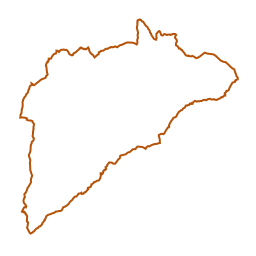 outline of Racovita, Vâlcea, Romania, rotated 272°
{"feature_id": "2599482B60342435469862", "entity_name": "Racovita", "entity_type": "district", "adm_level": 2, "iso_a3": "ROU", "parent_name": "Romania", "parent_adm1": "Vâlcea", "projection": "natural_earth1", "projection_center": [24.314, 45.393], "detail": "fine", "context": "isolated", "style": "outline", "palette": "amber", "viewbox_px": 256, "rotation_deg": 272, "n_neighbors": 0, "source": "geoboundaries", "source_scale": "gbopen_adm2", "svg_char_len": 5784}
<svg xmlns="http://www.w3.org/2000/svg" viewBox="0 0 256 256"><g transform="rotate(272 128 128)"><path d="M207.1,85.3L205.6,84.0L205.1,82.9L205.7,82.0L205.3,81.2L205.3,80.7L206.7,78.7L206.8,78.0L206.6,77.7L205.9,77.6L205.8,76.8L205.2,76.6L202.6,73.7L201.8,73.2L201.4,72.2L200.9,71.7L200.8,71.1L200.5,71.1L199.6,70.4L199.2,70.5L198.6,69.5L198.9,69.1L199.4,67.4L199.7,66.9L202.1,65.6L203.6,64.3L203.9,63.8L203.8,62.6L204.2,61.1L204.0,60.6L203.8,58.5L203.5,57.9L201.5,56.3L202.7,55.1L202.8,53.8L201.8,53.9L199.9,53.3L199.4,51.5L197.5,50.0L194.6,48.5L194.5,46.3L192.5,46.4L191.7,45.2L190.8,45.5L190.3,44.6L189.6,44.2L187.4,43.7L186.7,44.2L180.8,45.1L178.6,45.8L178.0,45.4L177.3,44.4L175.5,44.0L175.1,43.4L173.5,39.7L167.5,32.7L167.6,31.8L168.6,31.1L169.2,30.1L167.9,30.4L167.5,30.2L166.6,28.7L166.2,28.4L163.4,27.8L162.8,27.3L160.8,26.9L159.3,26.3L158.4,25.3L156.1,24.4L155.1,23.4L152.2,22.1L151.7,22.2L150.3,21.7L145.9,22.0L142.7,21.2L139.0,21.0L137.8,20.2L134.6,20.0L134.8,21.0L134.8,23.6L134.6,24.9L134.1,26.6L132.7,26.5L132.1,28.3L132.0,31.4L131.5,32.3L130.5,32.4L129.3,33.6L128.4,34.0L125.8,33.5L124.0,33.7L123.7,33.4L122.3,33.6L121.4,33.2L118.1,33.2L116.7,32.9L115.3,33.5L114.5,34.3L114.0,34.3L112.3,33.9L110.6,32.3L109.4,32.3L107.7,31.5L101.5,31.3L97.2,29.8L92.5,31.5L91.5,31.5L89.7,31.1L88.3,31.4L82.6,31.8L78.3,33.3L77.2,33.9L73.8,32.9L71.6,32.7L70.8,33.0L70.2,32.9L65.8,30.6L64.8,29.8L62.3,29.1L59.8,28.1L58.9,27.1L58.0,26.7L55.1,27.4L54.6,26.8L52.2,26.1L50.6,26.2L49.3,26.8L46.8,28.9L45.9,29.1L45.1,28.7L45.5,28.0L45.1,27.1L44.1,26.4L40.7,24.9L40.4,25.4L40.9,26.9L40.5,27.4L39.9,27.3L39.7,28.2L38.8,28.8L38.5,28.6L36.5,30.3L31.1,30.2L30.4,31.3L30.1,31.4L26.0,31.0L24.8,30.6L21.3,32.5L19.4,33.8L19.1,34.4L19.6,35.0L19.8,35.7L21.1,37.0L21.5,37.8L22.9,38.7L24.4,40.1L24.9,41.5L26.0,42.1L26.4,42.5L26.6,43.5L27.3,44.0L27.7,44.8L29.0,45.5L30.3,45.9L30.8,46.6L32.5,47.5L32.8,48.0L33.6,47.9L34.4,48.6L36.9,49.4L38.2,50.8L39.6,54.5L40.5,56.2L40.6,57.1L41.9,58.6L42.1,60.3L42.8,62.2L42.7,63.4L42.9,64.0L43.9,64.9L46.5,66.0L47.1,67.2L47.0,67.6L47.6,68.2L48.4,69.7L50.4,71.6L51.9,72.4L52.7,73.1L54.5,75.1L55.5,75.5L57.5,77.3L57.8,79.0L60.7,80.9L60.9,82.8L61.7,83.7L60.4,84.4L60.6,85.2L60.9,85.9L62.0,86.5L62.3,86.9L62.2,87.5L62.6,87.9L65.5,90.4L65.9,89.9L66.8,90.0L67.8,92.6L68.6,93.1L70.2,93.4L70.1,93.7L71.2,94.6L71.7,95.4L72.1,95.8L72.7,95.9L73.1,97.5L73.8,98.2L74.4,99.5L74.5,100.5L74.8,101.0L75.9,101.5L76.5,101.6L76.9,102.1L77.6,102.1L80.2,102.7L80.6,103.3L81.2,102.9L81.2,102.2L81.8,102.2L81.8,103.4L82.1,103.8L81.9,104.5L83.5,105.0L84.0,104.8L84.2,105.2L85.3,105.8L85.3,106.6L85.8,107.1L85.9,107.4L86.3,107.6L87.0,107.1L88.2,107.0L88.5,107.7L89.5,108.5L90.3,108.5L92.8,110.3L93.0,110.8L92.8,113.0L91.9,114.4L91.8,116.3L94.5,118.3L96.0,119.1L97.4,120.8L99.9,121.2L100.5,122.4L101.6,126.6L103.2,128.3L103.7,129.2L103.9,130.4L106.9,133.6L107.2,136.2L109.1,137.4L109.7,138.1L109.8,139.2L109.6,140.4L109.6,142.4L109.1,144.2L107.8,146.3L109.6,147.3L110.3,148.1L110.6,149.1L110.3,149.8L111.8,152.3L112.9,155.1L113.2,157.7L113.8,158.8L114.1,160.4L118.0,160.1L120.9,159.1L122.1,159.1L123.2,161.1L123.4,162.4L123.1,163.7L124.6,164.9L126.4,165.7L130.0,167.9L130.2,168.2L130.1,168.8L130.3,169.0L130.8,169.2L131.8,168.9L133.1,169.2L136.4,170.9L138.8,172.6L139.6,172.9L139.9,173.2L140.3,174.7L141.3,176.0L142.9,176.5L145.7,178.1L147.4,180.1L147.8,181.3L149.0,182.1L149.7,182.8L150.2,183.9L151.1,184.5L152.2,184.8L152.6,185.3L152.7,186.3L152.5,186.6L153.1,187.5L153.1,188.1L154.5,188.9L154.2,189.8L155.1,190.6L154.9,190.9L154.3,191.2L154.3,191.5L154.6,191.8L155.7,191.9L157.4,193.9L157.1,195.2L156.8,195.7L157.2,196.7L157.1,198.1L157.6,199.3L157.5,200.4L158.7,202.4L158.8,204.3L158.4,205.0L158.5,205.5L159.7,206.8L159.7,207.7L160.1,208.7L159.4,210.5L159.5,212.0L159.9,212.8L159.4,213.6L159.1,215.5L160.4,217.8L160.7,218.8L161.3,219.6L162.2,220.2L162.0,220.7L162.0,221.4L163.7,222.9L163.8,224.1L164.7,224.1L166.0,223.4L166.3,223.5L167.1,224.6L168.6,225.1L168.5,226.3L169.8,227.5L171.8,228.1L176.8,230.7L177.2,231.3L177.8,233.3L178.2,233.6L178.9,233.4L179.6,233.8L179.8,234.8L180.6,236.0L182.2,235.9L183.7,234.5L185.3,234.2L187.4,233.1L190.3,232.2L191.2,230.4L192.5,228.5L193.0,228.2L197.1,223.5L197.4,221.4L198.6,218.3L202.7,213.7L204.3,211.4L204.6,210.3L205.2,204.6L205.9,201.9L202.1,197.4L200.8,195.5L200.2,194.0L200.6,192.9L201.5,191.7L202.3,189.7L201.9,189.1L201.8,187.8L202.0,187.3L202.0,185.9L202.5,185.6L202.2,184.8L202.4,183.8L203.5,182.5L204.9,181.7L206.9,179.8L207.7,179.4L207.7,178.8L207.9,178.5L209.2,177.5L209.4,176.9L209.2,176.0L210.3,175.6L211.5,174.6L212.3,173.1L214.1,172.9L216.5,173.9L218.0,173.4L219.7,171.9L221.0,171.9L222.6,172.9L223.5,172.2L223.7,170.0L223.3,169.0L222.8,168.5L222.9,167.6L222.5,167.1L222.8,166.6L222.8,164.8L222.3,163.9L223.2,161.1L221.7,159.4L221.6,158.9L222.2,157.9L224.7,156.9L225.9,156.1L226.0,155.8L225.4,154.9L223.1,153.1L220.3,153.1L219.0,153.5L217.2,152.9L217.9,150.9L221.9,148.0L223.2,147.8L224.1,146.7L226.2,146.2L227.9,144.7L229.3,144.1L231.2,141.9L234.6,139.6L234.9,138.4L236.2,137.5L236.4,137.1L236.3,136.5L236.9,136.1L236.7,135.2L235.7,133.7L234.3,134.0L233.9,133.6L231.6,133.8L228.6,133.3L223.7,134.7L222.8,134.7L221.3,134.3L218.4,134.8L216.4,134.1L213.7,134.4L212.2,134.1L211.8,133.7L212.9,131.7L213.4,129.8L213.5,124.5L213.0,123.0L213.0,122.8L211.8,120.8L211.6,119.9L210.8,118.9L210.8,118.2L210.4,117.1L208.9,115.0L208.3,114.4L209.1,112.2L208.8,111.9L208.1,110.0L208.4,109.2L208.2,108.6L208.3,108.0L207.8,107.6L207.6,106.5L206.5,105.1L206.6,104.5L206.4,104.1L206.4,103.0L204.6,100.8L204.2,99.6L204.2,98.3L203.3,97.7L203.2,97.3L202.9,96.9L202.8,96.3L202.4,96.1L200.7,96.1L200.2,95.1L197.4,92.1L199.8,90.4L200.4,89.2L201.1,88.9L201.2,88.3L201.6,87.9L203.6,86.7L205.5,86.3L207.1,85.3Z" fill="none" stroke="#b45309" stroke-width="2"/></g></svg>